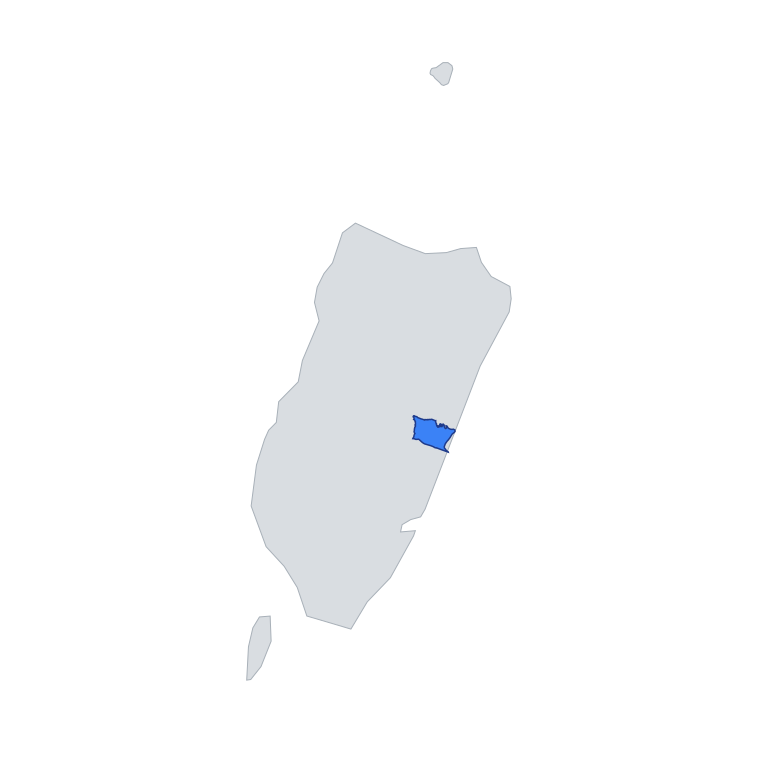 Manatí, Puerto Rico shown in context, rotated 109°
{"feature_id": "32010507B74616121786134", "entity_name": "Manatí", "entity_type": "district", "adm_level": 2, "iso_a3": "PRI", "parent_name": "Puerto Rico", "parent_adm1": "", "projection": "equal_earth", "projection_center": [-66.506, 18.418], "detail": "fine", "context": "in_parent", "style": "filled", "palette": "blue", "viewbox_px": 768, "rotation_deg": 109, "n_neighbors": 0, "source": "geoboundaries", "source_scale": "gbopen_adm2", "svg_char_len": 2988}
<svg xmlns="http://www.w3.org/2000/svg" viewBox="0 0 768 768"><g transform="rotate(109 384 384)"><path d="M503.5,314.6L511.1,321.1L518.5,320.2L512.5,306.6L518.0,306.6L565.1,314.9L595.4,328.9L626.5,335.5L628.5,381.4L604.6,399.8L588.9,419.0L576.2,442.5L542.6,469.9L502.2,478.2L475.2,478.9L465.2,478.0L455.4,473.3L435.0,477.8L409.9,465.8L388.3,468.8L345.5,465.9L329.5,476.3L314.2,478.7L299.1,476.7L286.3,472.1L254.6,472.5L241.2,463.4L246.8,411.1L247.3,387.4L239.5,367.9L231.0,355.6L224.8,341.1L237.3,331.5L247.5,317.6L250.8,296.7L262.0,291.5L275.1,289.1L335.7,298.9L489.0,304.4L497.7,306.1L503.5,314.6ZM676.6,426.6L657.3,428.6L644.8,425.9L640.5,416.1L663.9,407.0L691.2,408.3L706.8,413.8L708.7,417.4L676.6,426.6ZM75.1,441.7L72.8,442.0L70.5,441.7L69.5,440.7L67.9,437.7L60.9,432.8L59.3,428.2L60.9,423.4L63.8,421.5L78.0,421.0L79.4,421.5L82.3,424.8L82.3,427.1L80.9,429.4L78.4,435.2L77.4,436.6L76.5,438.1L76.2,440.7L75.1,441.7Z" fill="#d9dde1" stroke="#a8b0b8" stroke-width="1"/><path d="M421.6,338.8L422.6,338.9L424.4,338.6L426.0,339.0L426.3,339.0L425.9,337.5L426.0,337.0L426.0,335.9L425.6,334.7L425.0,333.6L425.0,333.0L425.3,332.2L426.8,328.7L426.9,328.3L427.2,327.3L427.4,326.0L427.1,319.6L427.2,317.6L427.2,316.5L427.5,316.1L427.6,315.5L427.5,313.8L427.3,313.7L427.3,312.5L427.4,310.1L427.4,308.9L427.5,301.1L427.1,301.4L426.6,303.7L425.9,304.2L424.9,306.0L424.7,306.1L423.7,306.6L420.8,306.6L419.9,306.4L417.5,305.7L416.6,305.3L416.5,305.2L416.1,305.1L414.7,304.6L412.7,304.0L411.1,303.7L410.5,303.5L410.3,303.5L409.3,303.3L409.1,303.2L408.2,302.6L407.9,302.5L406.9,301.8L406.7,301.7L406.2,301.6L405.7,301.4L404.3,302.1L404.4,302.5L404.1,303.5L404.8,305.0L405.1,306.3L405.0,307.9L404.8,308.8L404.6,309.2L403.5,310.5L403.4,310.6L403.3,310.8L403.3,311.8L403.5,311.8L404.0,311.2L404.4,310.8L405.1,310.7L405.8,310.9L406.1,311.4L406.0,311.7L404.9,313.0L404.5,313.3L403.5,313.6L403.1,314.0L402.9,314.4L402.7,315.0L403.0,315.0L403.5,314.7L403.9,315.1L404.5,315.2L403.9,315.7L403.6,316.3L403.3,317.6L403.6,318.0L403.8,318.1L404.9,318.1L405.1,317.2L404.8,316.8L404.7,316.4L405.1,316.1L405.1,315.7L405.4,315.6L405.7,316.1L405.8,317.3L405.6,318.0L405.9,318.7L406.2,318.6L406.6,319.0L407.0,318.4L407.3,319.0L406.9,319.6L406.8,319.2L406.0,319.3L406.0,319.8L405.9,320.1L406.0,320.4L406.0,320.6L405.2,321.3L404.4,321.5L404.0,322.2L402.3,323.1L401.8,323.2L402.1,323.9L402.0,324.6L401.9,324.9L401.9,326.3L401.8,326.6L401.9,327.6L402.5,328.6L402.8,329.8L403.2,330.1L403.3,331.1L403.8,331.4L403.8,332.1L404.2,332.7L404.2,333.6L404.6,333.7L404.9,334.0L404.8,334.8L404.8,336.6L404.9,337.0L404.8,339.9L404.8,341.1L404.2,342.3L404.4,343.7L404.2,345.3L404.3,345.5L404.9,345.8L405.3,345.8L405.6,345.7L405.7,345.0L406.8,344.3L407.9,344.4L407.9,343.6L408.5,342.9L408.9,342.8L409.0,342.5L409.6,341.9L410.1,341.9L411.0,341.4L412.4,341.0L412.7,341.3L413.4,340.6L414.0,340.5L414.8,340.8L416.6,340.6L418.4,340.1L419.1,340.1L420.2,339.4L420.6,338.7L421.6,338.8Z" fill="#3b82f6" stroke="#1e3a8a" stroke-width="1.5"/></g></svg>